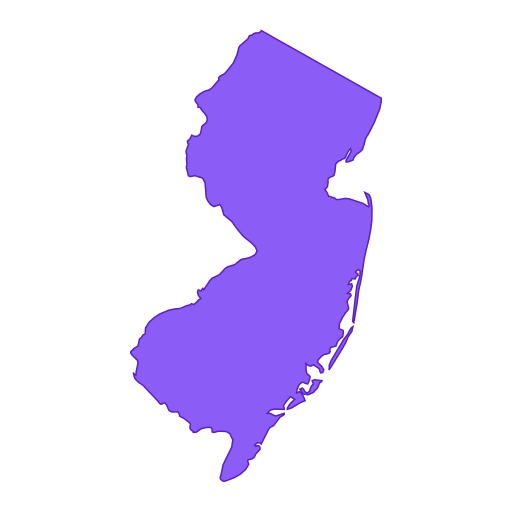 map outline of New Jersey (Robinson projection)
{"feature_id": "USA-3558", "entity_name": "New Jersey", "entity_type": "State", "adm_level": 1, "iso_a3": "USA", "parent_name": "United States of America", "parent_adm1": "", "projection": "robinson", "projection_center": [-74.673, 40.14], "detail": "fine", "context": "isolated", "style": "filled", "palette": "violet", "viewbox_px": 512, "rotation_deg": 0, "n_neighbors": 0, "source": "natural_earth", "source_scale": "10m", "svg_char_len": 5470}
<svg xmlns="http://www.w3.org/2000/svg" viewBox="0 0 512 512"><path d="M133.2,372.5L133.8,373.6L134.7,374.4L135.9,375.1L136.2,371.5L138.0,363.1L137.5,360.4L132.3,355.3L130.7,353.0L130.8,351.6L134.2,348.3L137.1,346.6L138.0,345.7L138.5,343.9L138.9,341.4L139.4,339.1L141.5,337.5L142.2,336.2L143.2,334.8L144.9,334.2L145.2,333.3L145.5,328.0L148.8,322.6L154.0,317.8L159.9,313.9L168.5,310.3L175.0,308.9L178.3,308.7L180.9,308.2L186.4,305.8L190.1,304.8L190.3,304.6L190.5,304.7L191.3,303.7L193.8,304.4L196.1,302.7L198.3,300.2L200.8,298.5L198.5,295.6L197.5,292.1L198.2,289.9L200.8,290.9L202.9,288.3L203.8,289.7L209.8,280.6L212.2,278.1L217.5,275.7L219.6,274.4L225.6,268.1L227.9,266.7L233.6,265.0L235.2,264.3L240.5,259.9L241.9,259.2L245.7,258.6L250.8,257.1L255.2,254.6L257.1,251.0L255.4,247.0L251.6,243.0L243.5,236.5L238.8,231.0L233.6,224.2L233.1,223.1L231.7,221.4L223.8,214.8L221.8,207.7L219.8,204.6L213.8,206.6L210.5,204.5L207.7,200.7L206.2,197.3L205.1,182.9L202.5,178.0L194.8,175.7L190.3,176.6L188.4,175.8L187.2,170.7L186.6,168.7L186.3,166.8L187.0,165.0L186.5,159.1L186.6,157.3L187.1,155.9L186.5,154.1L186.0,151.8L186.6,149.3L188.7,144.0L188.2,143.9L187.6,142.6L187.4,141.1L188.2,140.3L189.3,139.7L190.3,138.3L191.7,135.2L194.5,136.4L197.6,136.1L200.1,134.2L201.1,130.8L201.9,126.4L203.7,124.6L205.8,123.2L207.3,120.1L206.8,116.5L204.6,113.3L202.3,110.8L201.1,109.3L200.9,108.2L200.3,107.6L199.4,107.4L198.5,107.3L197.9,107.1L197.9,106.4L198.1,105.5L198.0,104.8L196.2,102.5L195.3,101.1L195.0,99.8L196.6,96.8L200.0,93.9L203.6,91.7L205.8,90.8L209.2,90.0L212.0,87.8L218.2,80.6L218.8,80.4L218.8,79.9L218.7,77.7L219.4,76.8L220.8,75.7L222.4,74.8L223.5,74.4L225.4,72.9L233.3,63.1L236.9,55.0L238.3,49.9L238.5,48.6L239.6,46.1L247.7,39.0L248.1,38.5L248.9,36.7L249.3,35.9L250.1,35.4L251.7,35.3L253.8,33.6L255.3,33.0L258.7,32.9L261.7,31.0L261.6,30.7L276.5,39.2L291.5,47.6L306.4,56.0L321.4,64.5L336.4,72.9L351.3,81.3L366.3,89.8L381.3,98.2L381.2,101.7L379.7,109.1L374.2,122.6L368.6,133.7L366.4,137.0L365.2,139.7L364.6,142.3L364.2,144.1L363.2,146.7L362.6,149.3L360.1,151.8L356.7,154.2L353.9,157.5L352.9,160.2L350.7,161.0L347.6,162.0L345.9,161.8L346.4,159.7L351.4,150.9L350.4,148.6L348.3,151.3L347.2,153.5L345.9,156.3L344.7,158.5L343.1,158.8L340.3,160.5L338.6,161.2L335.7,164.0L334.9,171.9L333.9,175.5L332.2,176.5L329.8,177.2L328.0,179.2L328.1,182.0L327.5,186.3L326.6,187.9L324.7,189.3L326.7,191.9L328.7,196.2L333.9,197.7L336.3,199.3L337.7,199.7L345.4,198.4L349.4,198.9L362.7,203.3L368.6,206.8L369.4,205.8L368.3,203.2L367.8,199.7L364.8,192.4L369.1,194.7L370.7,198.2L371.3,201.8L372.0,208.2L371.8,220.6L370.7,229.4L368.9,239.2L366.1,250.2L365.0,255.1L363.9,260.6L363.1,266.4L362.2,272.1L361.7,275.9L360.7,281.6L358.9,289.6L358.3,293.5L357.6,299.1L356.9,304.3L353.8,322.7L352.6,321.4L355.6,295.4L356.8,286.1L357.8,282.5L359.1,278.9L360.0,274.6L360.1,270.9L358.5,269.6L355.5,271.6L355.9,273.0L357.6,273.4L358.1,275.4L356.3,276.4L355.2,279.0L352.0,278.5L351.2,280.6L349.3,281.6L348.6,284.5L351.7,283.8L352.3,286.5L350.7,290.5L347.6,293.4L350.6,293.9L351.1,295.7L348.5,298.6L347.1,301.4L347.8,304.9L348.7,308.0L348.5,309.3L345.7,312.6L342.7,317.1L339.5,323.5L339.0,328.7L343.1,330.4L343.4,333.0L342.7,336.2L342.4,337.0L340.3,338.4L337.7,341.4L335.9,346.1L330.9,347.4L329.6,349.7L330.3,351.6L328.9,353.4L325.9,354.2L323.7,354.6L321.3,356.5L318.0,360.0L317.8,362.6L321.8,366.4L323.8,369.8L322.7,372.5L320.7,372.9L319.9,371.4L319.6,369.6L319.1,368.6L313.4,364.8L311.1,366.1L309.1,365.9L307.4,364.8L306.0,363.5L306.1,370.4L306.9,373.7L308.7,375.1L310.1,376.5L309.6,379.5L307.7,384.0L305.4,383.4L303.7,382.5L302.1,382.3L299.8,384.0L298.7,385.5L297.7,387.8L296.8,390.5L296.7,392.9L299.5,391.6L301.9,393.7L303.8,397.4L305.1,400.7L300.4,402.6L291.5,408.0L287.3,409.4L287.3,408.4L288.7,405.7L290.5,403.3L294.7,399.3L290.4,396.7L285.4,402.6L283.5,405.9L284.2,408.4L284.2,409.4L274.4,409.1L270.2,410.1L267.4,413.3L270.1,413.4L272.1,414.3L273.9,415.3L275.8,416.0L284.2,413.3L284.2,414.6L279.8,417.4L273.5,425.7L270.1,427.4L268.4,429.7L261.2,444.1L259.6,442.8L257.9,442.7L256.3,443.5L254.9,445.2L255.7,445.3L255.8,445.5L255.7,445.9L256.0,446.5L257.5,445.6L258.9,445.8L259.8,447.0L260.1,449.0L259.3,450.2L255.7,454.1L254.4,457.1L253.2,458.1L251.6,459.0L247.9,459.9L247.7,461.4L248.4,463.1L248.7,464.4L245.6,469.5L240.6,474.0L234.6,477.5L225.8,480.9L224.1,481.3L222.5,480.9L220.5,479.2L220.2,477.3L220.9,475.2L221.4,472.9L222.2,469.4L222.8,465.8L224.1,462.6L231.7,447.2L232.8,439.9L229.9,433.8L227.5,432.1L225.0,431.4L218.8,431.2L217.7,431.4L215.0,432.2L213.6,432.4L212.2,432.0L212.0,430.9L212.1,429.5L211.6,428.0L209.5,427.3L206.3,427.5L201.5,428.6L199.4,430.0L197.7,431.3L196.0,432.3L193.3,432.4L193.5,431.6L191.3,430.2L190.1,428.6L189.9,427.0L190.4,424.7L190.2,423.6L188.8,422.2L183.4,418.0L181.2,417.1L179.9,416.3L178.7,412.7L177.6,411.9L171.8,411.9L169.3,410.8L167.9,408.1L166.7,405.1L165.1,403.2L163.7,403.0L162.6,403.6L161.6,404.2L160.9,404.3L159.7,403.4L158.9,402.5L158.4,401.6L142.9,385.2L138.2,382.1L134.7,378.2L133.2,372.5ZM347.7,334.2L349.9,329.9L351.3,327.8L353.0,326.6L351.8,331.5L348.2,336.7L345.4,343.3L339.9,352.6L332.7,364.3L329.0,370.0L329.1,368.6L329.3,367.7L329.2,365.3L331.4,360.1L343.6,339.6L347.7,334.2ZM313.4,384.0L312.1,380.7L314.5,379.7L322.0,380.7L321.6,381.6L320.3,382.5L319.6,382.7L317.6,387.9L313.3,392.5L308.1,394.8L303.2,393.9L299.8,389.1L302.4,388.0L303.8,389.6L305.1,391.9L307.2,392.9L309.2,391.6L311.4,386.0L313.4,384.0Z" fill="#8b5cf6" stroke="#5b21b6" stroke-width="1.5"/></svg>